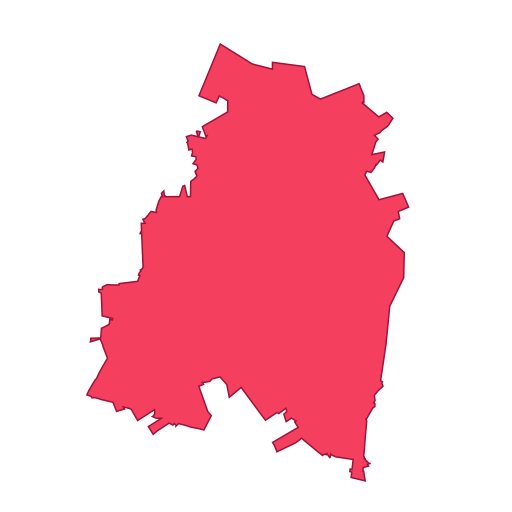 Ekurhuleni, Gauteng, South Africa (Mercator projection), rotated 10°
{"feature_id": "47623444B61881803671589", "entity_name": "Ekurhuleni", "entity_type": "district", "adm_level": 2, "iso_a3": "ZAF", "parent_name": "South Africa", "parent_adm1": "Gauteng", "projection": "mercator", "projection_center": [28.292, -26.184], "detail": "fine", "context": "isolated", "style": "filled", "palette": "rose", "viewbox_px": 512, "rotation_deg": 10, "n_neighbors": 0, "source": "geoboundaries", "source_scale": "gbopen_adm2", "svg_char_len": 5720}
<svg xmlns="http://www.w3.org/2000/svg" viewBox="0 0 512 512"><g transform="rotate(10 256 256)"><path d="M107.9,367.8L107.8,369.3L116.9,364.7L118.4,366.9L118.5,367.0L118.7,367.4L120.4,370.1L120.8,370.7L120.9,371.4L127.5,382.5L124.6,390.3L121.9,398.0L120.2,404.4L119.1,406.0L116.8,411.9L114.7,417.7L113.8,421.1L113.6,422.2L117.8,422.8L119.2,424.2L121.8,423.5L124.7,423.6L128.0,424.2L136.4,424.7L140.6,424.9L145.7,433.3L150.3,430.9L153.1,429.5L151.5,427.7L154.6,427.9L157.1,428.1L157.9,428.2L159.6,428.4L162.3,431.7L168.0,438.6L168.7,437.9L176.0,431.2L178.3,429.1L182.7,425.0L183.2,426.6L183.6,429.2L183.4,429.5L182.7,431.6L182.3,431.8L181.9,431.8L181.7,432.0L184.8,432.9L185.2,433.0L185.9,433.0L190.7,432.2L191.1,432.2L179.6,442.7L185.7,449.5L189.1,445.4L199.4,435.7L203.5,436.9L204.7,435.2L206.9,436.8L206.8,437.2L206.8,437.3L208.9,434.5L215.8,435.0L222.0,435.9L228.2,435.9L234.9,436.4L239.7,421.0L237.7,419.4L235.5,417.5L222.3,394.2L226.6,391.5L225.1,389.9L230.6,388.2L232.3,387.5L233.9,384.8L241.5,381.3L249.5,387.6L251.8,393.5L253.1,396.7L254.2,399.8L258.8,394.4L264.2,388.0L278.7,401.8L293.8,416.1L303.8,406.5L305.9,407.2L306.9,406.0L307.2,405.8L307.8,405.1L308.1,404.8L309.7,403.0L310.1,402.7L310.4,402.3L311.8,400.8L313.3,403.9L310.9,407.0L314.5,413.9L319.1,409.5L324.1,411.5L322.9,412.7L327.3,417.5L321.6,422.3L304.7,436.7L306.8,439.2L307.2,439.6L310.6,445.2L327.5,433.1L332.5,427.6L345.7,435.1L345.9,435.2L351.7,438.5L353.5,439.4L355.4,440.5L355.6,440.4L356.0,440.5L356.2,440.9L356.3,440.9L356.5,440.5L356.6,440.2L357.0,439.9L357.2,439.7L357.3,439.6L357.6,439.6L357.9,439.5L358.0,439.5L358.3,439.4L358.6,439.3L358.7,439.1L358.8,439.0L359.0,439.0L359.5,439.1L359.8,439.4L360.1,439.4L360.3,439.0L360.3,438.9L360.3,438.7L360.1,438.6L360.2,438.3L364.0,442.2L363.9,442.0L364.1,438.6L364.2,438.8L364.3,438.9L364.6,438.9L365.6,438.8L366.4,439.2L366.8,439.4L367.5,439.3L367.8,439.4L368.1,439.6L368.8,439.8L369.1,439.9L371.2,439.9L387.0,439.5L387.6,449.5L385.7,449.4L385.8,452.0L387.8,452.1L388.1,457.6L402.6,458.5L399.4,449.3L398.7,449.5L398.2,445.7L403.3,443.4L401.9,441.9L404.2,440.6L404.0,440.4L403.4,440.5L403.2,440.4L402.9,440.4L402.7,440.3L402.6,440.2L402.3,439.9L401.7,439.6L401.4,439.4L401.1,439.3L400.8,438.9L400.7,438.6L400.4,438.5L400.4,438.4L400.3,438.2L400.3,438.8L400.2,438.7L399.9,438.4L399.8,438.2L399.7,438.1L399.3,437.7L399.0,437.4L398.8,436.9L398.7,437.0L398.2,437.0L398.1,436.9L397.9,436.4L397.7,436.2L397.7,435.9L397.6,435.5L397.5,435.3L397.2,434.8L396.8,434.5L396.3,427.2L395.5,420.1L395.1,415.4L393.7,399.5L392.6,397.1L393.3,396.8L394.5,393.4L397.5,385.2L399.2,383.7L398.8,380.9L397.4,380.1L397.8,379.3L397.7,379.2L398.4,377.9L396.8,372.6L399.9,367.1L403.7,362.3L402.1,359.6L402.3,357.9L400.3,357.1L400.1,347.0L399.4,322.9L399.4,321.3L399.4,320.4L399.2,318.7L398.4,307.7L396.5,283.3L396.4,282.4L405.2,251.6L401.4,226.9L381.5,213.9L381.6,213.2L384.0,204.0L385.6,197.7L391.0,194.4L388.4,187.4L397.8,181.4L389.6,168.9L367.4,179.2L349.1,157.3L350.3,153.3L354.7,153.7L357.5,148.5L358.3,145.1L358.8,145.4L361.8,140.0L364.6,141.4L364.6,131.2L352.5,136.0L352.9,132.7L354.2,122.9L356.0,119.7L351.7,116.6L354.6,114.4L356.4,113.2L356.7,112.8L358.1,110.5L358.9,109.7L361.4,107.2L363.5,104.6L363.7,104.2L365.1,100.8L366.9,96.6L359.8,91.8L352.7,97.7L351.7,97.1L341.9,91.4L335.8,87.8L334.4,87.4L334.4,87.0L334.2,86.4L334.0,86.1L333.7,85.9L335.6,86.1L334.6,80.7L334.4,79.4L330.2,72.8L329.2,71.2L329.3,71.1L327.6,68.4L317.4,74.7L317.4,74.8L308.8,80.0L292.2,90.3L283.0,87.0L270.9,61.0L238.6,62.4L239.7,69.1L221.8,67.8L218.6,67.4L184.0,53.5L174.7,95.9L172.0,108.1L190.1,112.1L192.1,104.7L193.1,105.2L194.4,105.5L194.9,105.7L195.6,106.0L197.1,106.3L198.0,106.7L199.6,107.5L200.2,107.7L200.6,107.8L200.8,107.8L201.2,107.8L202.3,114.8L202.4,115.3L202.5,115.5L203.1,119.0L202.6,119.3L202.5,119.5L199.3,122.2L199.0,122.4L198.6,122.8L198.4,123.0L187.0,132.6L184.9,134.3L182.2,136.6L181.7,137.1L181.5,137.3L181.4,137.4L180.7,138.0L184.8,145.0L185.6,146.5L186.9,146.0L185.9,149.0L178.8,148.6L179.6,143.4L179.0,143.3L178.4,143.3L177.9,143.2L177.3,143.2L176.7,143.2L176.1,143.3L175.8,143.4L175.7,143.5L175.8,143.9L177.1,146.4L177.3,146.7L177.4,146.8L177.5,147.0L177.4,147.1L177.5,147.5L177.6,148.0L177.7,148.6L177.3,148.5L171.3,148.2L166.7,150.5L169.3,154.8L168.2,156.2L169.1,156.9L171.5,163.3L174.3,161.7L175.5,164.8L175.2,168.7L179.5,168.6L180.4,171.1L177.9,176.0L181.8,176.6L182.0,176.5L183.6,179.5L181.8,182.9L181.5,183.6L181.4,183.7L181.6,184.0L181.6,183.9L183.9,187.2L183.0,189.3L182.1,190.0L182.2,190.3L178.8,193.8L181.1,208.9L178.0,209.5L173.5,198.9L171.8,200.1L170.4,210.8L155.4,213.5L155.7,212.5L155.8,212.4L155.0,211.7L153.9,207.9L152.0,210.7L153.4,213.9L152.4,213.9L150.9,218.5L150.8,219.0L150.7,219.5L150.6,220.3L150.5,221.5L150.3,222.2L150.1,224.1L150.1,224.3L149.8,226.3L149.7,228.4L149.8,228.7L150.3,229.5L150.3,230.4L150.9,230.5L151.2,230.5L144.9,230.3L144.4,231.2L143.8,232.0L142.3,235.3L142.1,235.3L140.5,238.1L138.6,239.4L138.2,239.5L141.0,243.1L137.3,243.7L138.4,248.6L138.4,248.8L138.5,249.2L139.0,251.5L138.7,251.7L138.7,251.8L138.5,252.1L138.4,252.5L137.9,253.8L137.9,254.0L138.0,254.2L139.5,253.5L143.7,273.0L144.1,274.5L144.9,278.2L145.2,279.8L146.3,284.5L146.5,284.5L146.6,286.5L146.9,286.5L146.1,288.4L144.7,289.7L145.2,289.8L144.8,291.4L145.0,291.4L144.1,292.5L143.5,295.2L145.0,295.4L144.2,299.3L144.1,299.6L144.1,299.8L143.8,301.5L133.0,304.8L126.0,306.9L126.0,308.4L118.3,309.6L114.3,310.1L110.3,313.0L110.1,313.4L110.6,315.4L108.9,316.0L106.8,316.1L107.5,318.8L110.0,319.3L114.9,341.7L125.7,342.4L125.6,344.0L123.0,343.8L123.3,347.5L123.2,347.5L123.3,348.8L116.3,354.1L117.3,362.7L117.1,363.7L107.5,365.7L107.8,367.4L107.9,367.8Z" fill="#f43f5e" stroke="#9f1239" stroke-width="1.5"/></g></svg>